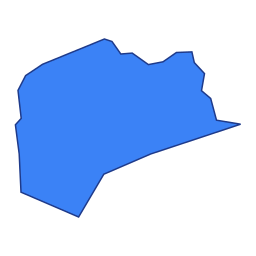 map outline of Rochdale (Equal Earth projection)
{"feature_id": "GBR-5680", "entity_name": "Rochdale", "entity_type": "Metropolitan Borough", "adm_level": 1, "iso_a3": "GBR", "parent_name": "United Kingdom", "parent_adm1": "", "projection": "equal_earth", "projection_center": [-2.125, 53.611], "detail": "fine", "context": "isolated", "style": "filled", "palette": "blue", "viewbox_px": 256, "rotation_deg": 0, "n_neighbors": 0, "source": "natural_earth", "source_scale": "10m", "svg_char_len": 409}
<svg xmlns="http://www.w3.org/2000/svg" viewBox="0 0 256 256"><path d="M240.6,124.2L150.6,154.0L103.8,174.2L78.6,217.0L21.0,192.2L19.2,154.0L15.4,124.8L21.2,118.4L18.0,90.4L25.6,75.6L42.5,64.3L104.4,39.0L112.0,41.5L120.8,54.0L132.2,53.1L148.4,64.6L163.0,61.8L176.4,52.5L191.9,51.9L194.3,62.6L204.5,73.6L201.5,90.7L210.7,98.5L216.5,120.2L240.6,124.2Z" fill="#3b82f6" stroke="#1e3a8a" stroke-width="1.5"/></svg>